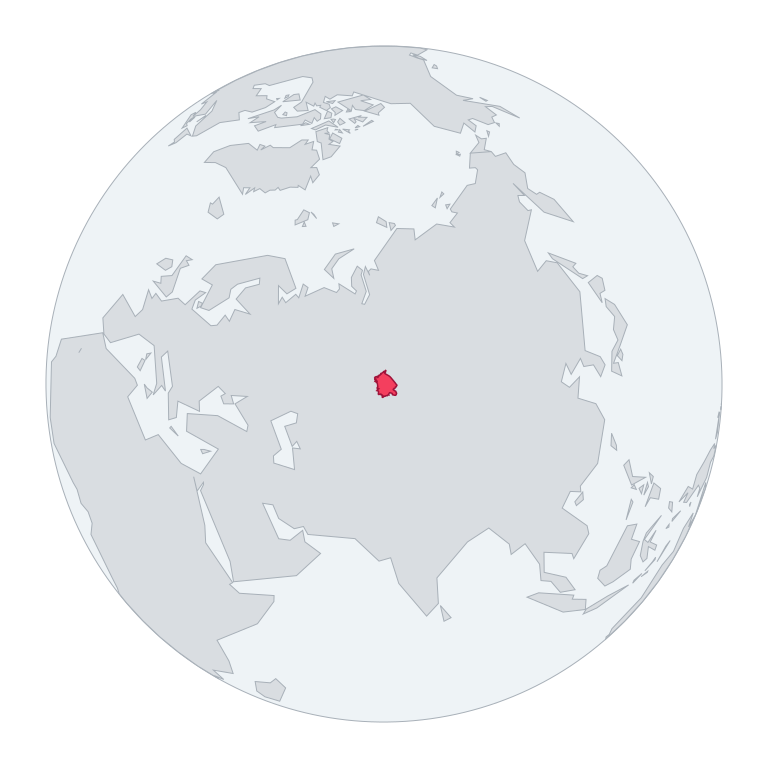 the Earth from above Pavlodar, rotated 352°
{"feature_id": "KAZ-3205", "entity_name": "Pavlodar", "entity_type": "Region", "adm_level": 1, "iso_a3": "KAZ", "parent_name": "Kazakhstan", "parent_adm1": "", "projection": "orthographic", "projection_center": [75.843, 52.234], "detail": "fine", "context": "on_globe", "style": "filled", "palette": "rose", "viewbox_px": 768, "rotation_deg": 352, "n_neighbors": 0, "source": "natural_earth", "source_scale": "10m", "svg_char_len": 14304}
<svg xmlns="http://www.w3.org/2000/svg" viewBox="0 0 768 768"><g transform="rotate(352 384 384)"><circle cx="384" cy="384" r="338" fill="#eef3f6" stroke="#a8b0b8"/><path d="M466.2,56.2L473.1,59.0L463.0,63.0L456.7,59.9L455.0,61.8L462.8,66.1L468.3,68.6L473.0,86.0L496.0,108.1L511.9,113.9L501.7,114.1L537.4,125.2L555.4,139.5L529.8,124.2L523.1,123.5L532.7,133.2L527.9,134.7L529.8,140.5L523.2,141.6L508.7,133.4L504.2,134.2L511.2,141.1L509.1,147.1L499.4,136.7L494.6,146.3L469.6,135.8L449.1,109.7L429.9,107.4L394.7,90.6L392.6,94.2L377.9,91.1L370.1,94.4L365.8,91.0L363.2,96.7L368.6,99.3L369.3,102.8L365.1,105.2L358.9,101.0L360.1,99.2L356.1,99.2L354.8,96.2L353.1,99.1L346.1,94.1L346.9,102.6L336.1,101.7L333.1,97.5L341.6,93.3L355.7,75.2L355.3,70.8L346.3,68.2L312.0,72.5L308.2,70.1L297.1,70.1L295.4,73.2L303.5,74.4L297.6,80.8L308.3,82.2L307.4,85.3L315.1,89.2L305.1,93.8L291.2,96.4L284.4,93.7L278.1,95.0L277.5,102.3L257.8,102.3L232.9,112.1L228.8,111.9L233.5,102.3L251.6,89.8L257.9,79.9L244.8,91.9L234.8,92.3L229.3,95.0L224.7,98.6L225.0,100.8L219.7,102.5L230.5,90.5L235.5,88.8L232.0,92.4L240.5,86.9L247.8,80.0L242.1,81.4L259.1,71.4L255.2,72.5L256.8,71.4L261.8,70.1L253.1,72.5L257.5,70.7L279.7,62.6L302.4,56.1L325.5,51.2L348.9,47.9L372.5,46.3L396.2,46.3L419.7,48.0L443.1,51.3L466.2,56.2ZM471.6,69.6L463.5,66.1L458.2,62.0L465.5,64.6L471.6,69.6ZM480.9,79.2L475.7,77.6L478.1,74.6L480.3,76.4L480.9,79.2ZM524.3,118.2L518.6,113.4L525.8,117.6L524.3,118.2ZM531.2,141.1L534.3,142.1L534.0,144.8L531.2,141.1ZM320.0,86.6L317.6,87.8L317.4,86.4L320.0,86.6ZM325.6,87.2L327.2,84.6L330.1,84.5L329.1,86.1L325.6,87.2ZM523.6,149.1L522.0,153.3L521.1,147.5L523.6,149.1ZM323.0,90.4L335.1,84.8L340.1,84.9L340.5,91.1L323.0,90.4ZM519.5,154.9L515.9,165.9L522.6,168.8L501.6,167.4L511.6,158.1L509.4,150.3L514.6,154.8L519.5,154.9ZM372.1,99.1L366.2,96.4L375.0,96.6L372.1,99.1ZM377.6,98.4L403.7,94.9L410.4,100.4L400.3,100.2L412.1,106.1L402.6,110.5L393.9,108.2L391.5,103.7L389.7,108.9L377.6,98.4ZM490.6,165.1L487.6,166.8L488.0,163.5L490.6,165.1ZM370.2,104.2L374.9,102.8L381.1,107.4L372.8,111.1L373.5,108.4L370.2,104.2ZM419.9,105.8L423.0,110.1L416.1,114.7L416.4,117.1L402.9,111.1L419.9,105.8ZM370.0,108.6L368.5,112.9L361.8,113.0L366.1,105.9L370.0,108.6ZM386.1,107.2L388.7,109.6L384.6,109.4L386.1,107.2ZM337.3,116.6L342.8,114.4L346.4,116.5L337.3,116.6ZM368.4,114.6L370.7,114.6L372.8,115.3L370.5,118.2L368.4,114.6ZM399.0,115.0L395.5,116.1L404.2,117.6L399.4,121.5L391.3,116.9L392.8,120.5L391.3,121.8L386.3,116.7L399.0,115.0ZM374.3,123.4L362.3,119.4L351.4,122.8L347.8,120.9L366.0,115.8L374.3,123.4ZM381.8,119.8L376.3,121.5L374.6,118.0L377.3,114.8L381.8,119.8ZM399.1,125.9L408.5,121.2L410.0,122.4L399.1,125.9ZM371.5,125.0L374.4,125.9L370.9,125.6L371.5,125.0ZM391.0,126.3L394.1,124.3L395.7,125.8L391.0,126.3ZM377.7,129.6L373.9,128.2L375.5,125.9L377.7,129.6ZM384.1,128.6L385.5,131.1L378.5,125.8L385.2,127.5L384.1,128.6ZM392.0,128.0L393.9,128.2L390.4,128.6L392.0,128.0ZM373.5,139.7L364.3,133.7L368.1,128.3L376.5,134.8L373.5,139.7ZM98.5,564.8L92.5,554.7L91.6,549.0L87.3,536.4L72.9,492.2L75.6,481.2L73.2,469.3L67.4,460.0L65.4,445.6L62.5,438.4L49.0,397.0L48.8,370.6L57.8,315.8L63.0,310.9L70.8,294.7L112.6,294.1L113.8,310.2L138.0,343.7L139.6,350.9L128.4,361.0L139.9,406.2L153.4,402.7L172.1,434.4L189.9,447.5L210.9,425.4L181.9,403.3L185.1,385.9L214.9,392.2L241.5,412.0L243.6,405.9L233.7,382.9L246.9,377.3L231.1,374.1L232.3,382.8L222.5,381.3L220.8,373.3L225.5,371.4L219.5,363.3L198.6,375.2L197.5,385.4L177.5,372.3L173.7,388.3L165.8,389.5L169.1,363.0L174.2,356.9L174.4,321.3L167.3,326.3L166.6,360.6L163.6,354.5L153.9,362.7L159.0,351.8L161.7,314.0L148.3,300.5L118.9,305.0L113.6,295.5L114.8,279.4L137.8,259.0L147.0,282.6L155.3,276.7L164.0,257.9L166.1,267.0L170.7,262.5L175.2,270.9L192.0,270.4L198.1,277.8L214.7,266.2L220.1,268.7L208.8,274.6L204.2,283.1L220.7,302.2L226.8,302.5L236.3,293.7L239.6,300.4L246.7,289.5L261.1,296.2L249.4,279.3L260.2,269.6L274.4,267.9L275.8,261.9L252.8,264.8L245.5,268.9L242.6,277.1L220.9,286.8L213.0,282.9L227.8,262.0L218.3,254.6L234.0,242.5L286.6,240.4L303.4,246.1L310.1,277.0L300.4,281.2L293.2,271.9L290.6,289.9L295.3,283.9L298.0,289.8L309.1,282.9L311.6,286.8L317.9,273.8L322.2,277.9L318.1,286.1L338.1,280.2L349.7,286.8L353.1,283.7L353.3,278.5L367.9,290.8L369.7,288.0L365.6,282.8L366.5,274.0L373.9,263.6L378.5,268.4L376.5,272.8L379.3,289.8L373.2,301.4L375.9,302.4L382.2,293.5L378.9,272.7L381.9,265.1L385.0,274.4L384.1,270.4L387.1,268.2L394.4,270.7L391.7,260.4L418.4,231.8L435.2,234.6L434.9,245.6L458.4,232.9L475.6,238.4L471.8,233.4L480.5,224.9L475.2,223.0L474.0,220.0L494.0,198.9L502.3,198.2L506.5,184.9L504.6,182.5L498.7,182.1L501.6,167.4L522.6,168.8L526.0,174.1L536.8,172.0L543.0,184.6L553.0,194.5L553.5,210.4L561.5,217.4L564.8,215.8L578.1,224.8L594.0,249.6L566.4,236.1L539.7,203.3L549.3,216.9L542.8,216.0L543.5,222.5L550.7,232.3L554.2,232.0L543.2,261.6L551.8,293.8L561.8,284.5L572.4,288.1L590.8,319.9L587.8,378.9L601.9,387.0L605.6,395.8L599.6,406.9L594.1,394.2L584.3,394.5L582.1,386.0L570.7,400.5L567.0,389.0L559.9,406.5L567.2,413.1L578.6,404.1L574.1,425.0L591.1,433.0L597.6,450.1L584.5,492.4L564.2,512.4L563.9,518.2L553.5,516.3L543.2,531.7L565.4,552.6L566.0,560.7L547.6,583.4L546.6,578.0L519.0,572.9L516.4,592.8L537.3,600.7L544.6,614.3L529.6,614.8L521.9,602.7L512.1,600.5L513.0,584.1L501.5,561.8L486.2,570.5L485.8,560.0L467.7,541.2L444.7,552.0L409.4,583.4L407.3,608.9L393.9,619.8L370.9,583.6L366.4,557.0L354.4,558.7L333.8,533.1L287.7,522.4L284.4,513.9L275.0,514.8L261.0,502.5L257.2,488.2L247.2,485.2L258.2,522.6L269.3,525.7L283.1,517.6L283.7,529.3L297.6,543.0L270.6,561.6L207.5,558.9L206.9,538.3L187.5,464.0L191.2,458.6L191.4,457.8L191.5,456.2L184.0,464.0L182.6,449.3L186.9,499.0L185.3,516.4L206.5,559.6L203.2,560.9L211.7,571.1L245.7,578.2L244.7,584.1L225.3,603.8L183.0,614.5L191.9,636.7L194.3,649.7L175.2,643.6L184.2,654.3L175.3,649.1L179.6,653.1L178.7,652.4L160.3,637.3L143.0,620.8L126.8,603.2L112.0,584.5L98.5,564.8ZM89.4,306.5L86.1,310.5L89.4,306.5ZM263.9,447.0L283.5,456.3L284.5,434.6L292.1,436.6L289.6,428.7L284.4,433.0L279.8,412.1L291.8,410.3L294.4,401.4L288.0,398.0L266.8,404.7L273.2,434.3L264.5,439.8L263.9,447.0ZM234.1,93.0L233.1,94.0L227.8,97.5L229.0,95.7L234.1,93.0ZM211.6,116.1L203.5,118.3L210.2,115.2L210.3,112.6L224.5,103.2L227.4,111.4L223.6,109.1L211.6,116.1ZM244.3,93.9L235.0,98.3L245.1,93.2L244.3,93.9ZM192.1,231.7L190.2,238.3L183.4,241.0L175.7,233.4L185.4,229.1L192.1,231.7ZM189.1,247.1L205.9,229.5L211.4,234.2L205.5,234.4L207.4,239.3L198.4,241.1L187.2,263.4L180.5,267.5L169.8,250.0L177.0,253.2L178.4,246.4L189.1,247.1ZM239.3,182.0L246.7,176.0L249.0,193.6L241.9,197.3L233.7,189.4L237.3,180.5L239.3,182.0ZM321.3,103.2L324.0,100.9L325.7,101.9L324.8,104.7L321.3,103.2ZM339.5,115.4L311.4,114.9L313.0,112.1L294.6,116.1L291.7,110.3L303.8,107.7L287.8,106.6L297.5,102.0L286.1,102.3L313.2,97.3L321.3,93.7L313.4,99.8L315.8,105.1L319.3,106.4L335.2,107.3L353.8,102.7L359.1,107.8L358.0,112.7L354.4,114.5L352.0,110.5L348.8,115.9L342.7,111.6L339.5,115.4ZM341.5,174.8L340.3,167.9L332.9,180.8L326.7,175.4L326.2,177.3L318.4,176.0L308.1,177.8L306.5,174.6L303.2,176.8L298.0,176.2L292.9,178.2L288.2,173.2L281.7,175.4L283.2,171.8L273.1,177.0L278.5,171.0L272.3,170.1L270.3,176.4L257.5,147.7L247.9,141.3L237.0,139.6L247.7,130.3L264.9,126.4L283.4,126.9L291.0,134.8L294.5,129.5L299.2,131.9L294.5,135.1L304.6,131.7L307.2,134.5L323.6,136.9L336.6,130.9L342.9,131.8L339.2,135.7L348.1,134.0L345.3,142.1L349.8,143.1L351.5,152.4L341.7,159.6L347.5,160.3L349.1,167.8L341.5,174.8ZM373.6,142.3L363.3,151.6L354.8,153.4L355.3,136.6L351.7,134.6L351.7,124.6L364.0,122.3L362.8,125.3L364.6,127.8L360.0,127.5L365.0,129.6L363.6,133.9L367.1,136.8L362.8,139.0L373.6,142.3ZM146.6,350.7L148.8,354.9L153.4,359.8L147.4,365.3L146.6,350.7ZM147.9,325.0L150.6,327.4L144.4,336.9L142.1,332.8L147.9,325.0ZM157.5,320.9L151.3,326.8L153.3,321.1L157.5,320.9ZM211.9,276.5L215.4,278.7L213.7,281.4L209.3,283.0L211.9,276.5ZM318.1,214.1L318.8,209.4L321.1,209.1L328.8,200.4L334.0,204.0L331.4,210.7L318.1,214.1ZM202.9,426.4L194.7,427.8L193.4,423.3L196.5,423.7L202.9,426.4ZM167.3,396.3L173.0,406.9L165.7,397.7L167.3,396.3ZM325.1,216.7L327.6,212.5L328.7,217.0L325.1,216.7ZM338.2,206.3L340.3,210.8L335.6,203.5L338.2,206.3ZM244.3,671.3L236.6,683.6L222.6,677.2L215.3,670.3L215.0,660.7L229.8,664.1L235.8,660.7L244.3,671.3ZM611.8,610.6L619.1,606.1L618.6,607.1L611.8,610.6ZM604.3,613.1L613.0,607.5L602.5,615.9L604.3,613.1ZM616.3,605.3L625.1,597.4L628.9,593.3L628.0,595.5L616.3,605.3ZM598.3,617.0L563.6,635.4L549.3,639.5L553.1,634.9L576.2,625.0L598.3,617.0ZM552.0,635.3L529.6,634.8L496.0,615.0L508.1,612.3L542.6,619.5L540.5,623.3L554.1,625.4L552.0,635.3ZM604.4,591.8L602.1,601.7L583.3,611.7L574.6,614.8L568.6,606.2L572.0,598.5L579.3,595.1L605.3,558.3L614.9,557.9L607.4,572.2L615.1,575.6L604.4,591.8ZM409.0,611.2L417.9,624.7L410.4,627.3L409.0,611.2ZM614.1,535.5L604.8,552.3L612.8,532.6L614.1,535.5ZM617.8,518.6L619.2,523.5L614.3,521.2L617.8,518.6ZM565.3,526.3L557.6,531.2L556.6,527.2L565.8,518.6L565.3,526.3ZM602.5,464.4L605.6,477.0L605.2,482.0L600.2,476.7L602.5,464.4ZM373.3,246.0L356.7,253.7L348.3,262.6L349.0,272.4L340.9,262.3L353.9,248.6L373.3,246.0ZM412.3,232.9L411.6,224.9L416.6,226.5L417.4,228.6L412.3,232.9ZM408.6,229.3L399.0,223.2L401.7,217.6L408.7,223.5L408.6,229.3ZM361.5,219.1L356.2,221.0L355.5,217.3L361.5,219.1ZM568.1,667.4L568.7,665.4L572.1,663.4L575.8,657.9L609.0,631.5L634.3,601.9L647.4,590.0L660.5,568.6L672.3,554.7L665.7,567.9L674.2,557.0L688.9,526.3L687.7,532.1L675.4,555.1L661.3,577.1L645.6,597.9L628.3,617.5L609.5,635.7L589.4,652.3L568.1,667.4ZM629.6,598.0L640.5,583.8L645.6,578.8L629.6,598.0ZM715.3,450.7L715.1,451.5L715.3,450.7L715.4,450.0L715.3,450.7ZM701.6,494.0L704.6,490.6L700.5,501.4L696.5,506.8L690.5,521.4L678.5,539.3L682.2,531.4L681.3,528.0L667.1,543.4L664.3,542.8L669.9,534.0L659.7,541.8L671.0,527.8L675.0,531.0L681.1,517.2L690.3,505.5L698.2,494.6L703.2,488.9L701.6,494.0ZM669.8,545.8L671.6,543.6L669.6,547.9L669.8,545.8ZM714.0,454.8L714.8,452.8L714.5,454.5L713.9,456.7L714.0,454.8ZM704.6,484.8L710.6,464.9L711.6,461.8L707.5,478.2L704.6,484.8ZM709.8,463.8L711.9,458.4L712.6,458.8L712.1,461.2L709.8,463.8ZM646.8,562.6L646.2,565.3L643.0,566.4L646.8,562.6ZM651.0,557.4L660.2,550.8L650.0,560.2L651.0,557.4ZM620.2,574.2L623.3,577.6L633.1,566.7L625.6,577.5L631.6,581.4L629.1,586.3L623.2,581.8L620.1,593.3L615.7,596.2L613.9,589.5L618.7,575.7L623.1,568.0L640.5,552.7L620.2,574.2ZM651.2,550.7L648.6,546.4L650.4,540.2L653.3,541.2L651.2,550.7ZM639.9,536.3L631.9,533.7L625.5,541.9L637.5,519.6L643.4,526.0L639.9,536.3ZM631.6,522.5L625.8,530.2L631.2,518.2L631.6,522.5ZM623.7,528.5L622.0,522.8L627.2,520.0L623.7,528.5ZM634.9,520.2L634.4,508.8L637.8,513.1L634.9,520.2ZM617.3,510.2L630.0,512.8L615.1,518.5L610.1,497.8L616.1,493.1L617.3,510.2ZM622.9,394.0L619.0,388.4L623.2,382.4L624.7,387.9L622.9,394.0ZM633.2,359.2L623.0,379.0L614.2,395.4L619.0,395.4L620.7,409.1L611.2,403.0L614.3,383.3L621.8,373.0L618.8,362.0L621.8,349.3L614.8,338.3L614.8,330.2L623.4,337.3L633.2,359.2ZM611.4,333.9L600.4,312.0L610.2,306.2L614.8,309.7L615.8,322.0L610.5,324.3L611.4,333.9ZM600.6,305.1L595.4,307.3L568.3,283.4L565.0,277.1L590.8,291.2L587.3,294.2L592.3,301.4L600.6,305.1ZM490.7,168.9L487.9,167.0L491.6,167.1L490.7,168.9ZM470.9,219.2L470.0,215.2L474.3,215.1L470.9,219.2ZM469.7,204.1L465.4,207.0L468.0,201.9L469.7,204.1ZM456.2,214.0L462.8,207.2L459.3,216.7L456.2,214.0Z" fill="#d9dde1" stroke="#a8b0b8" stroke-width="1"/><path d="M387.5,370.8L387.6,371.0L387.3,371.1L387.2,371.2L387.2,371.3L387.3,371.5L387.4,371.8L387.3,372.0L387.2,372.1L387.2,372.3L387.0,372.5L386.8,372.8L386.6,372.8L386.2,372.6L385.9,372.6L386.2,373.3L386.3,373.6L386.4,373.8L386.7,374.0L387.1,374.4L387.8,374.9L388.4,375.4L389.1,375.9L389.7,376.4L390.2,376.8L390.7,377.3L390.8,377.5L391.1,377.8L391.5,378.4L391.8,378.8L392.2,379.5L392.6,380.1L393.0,380.8L393.4,381.4L394.0,382.4L394.5,383.3L395.1,384.2L395.6,385.2L396.0,385.9L396.5,386.6L396.6,386.9L396.5,387.4L396.0,387.7L396.0,387.8L395.9,388.1L395.7,388.3L395.5,388.5L395.4,388.4L394.9,388.5L394.8,388.8L394.9,389.1L394.7,389.3L393.8,389.9L393.6,389.9L393.3,389.8L393.2,390.0L392.8,390.3L392.7,390.3L392.5,390.5L392.4,390.6L392.5,390.8L392.5,391.0L392.8,391.1L392.8,391.3L392.9,391.5L393.0,391.7L393.1,391.8L393.3,391.8L393.6,392.2L394.6,392.8L394.8,393.6L394.8,394.2L395.0,394.3L395.2,394.9L395.0,395.4L394.7,396.0L394.0,396.8L392.8,396.6L391.9,396.2L391.4,395.8L391.1,395.9L390.9,395.7L390.8,395.4L390.9,394.8L390.7,394.4L389.9,394.0L389.1,393.7L388.8,393.4L388.3,393.4L387.5,394.3L387.3,394.9L387.3,395.6L386.8,395.4L386.4,395.4L386.1,395.6L385.7,396.0L385.3,395.8L383.8,396.1L383.5,396.0L383.3,396.3L382.2,396.3L381.8,396.6L381.0,397.1L380.6,397.0L380.4,396.6L380.6,396.5L380.6,396.3L381.0,396.1L381.4,395.8L381.1,395.6L380.9,395.2L381.0,395.1L380.8,394.9L380.6,394.6L380.1,394.2L379.8,394.5L379.5,394.2L379.6,393.7L379.2,393.6L378.9,393.5L378.8,393.4L378.6,393.5L378.3,393.6L377.4,393.7L377.0,393.3L377.1,392.9L377.1,392.5L377.3,392.4L377.4,391.3L377.5,391.0L377.5,390.7L377.4,390.4L377.3,390.1L376.1,389.6L376.4,389.4L376.6,389.1L376.7,388.8L377.0,388.5L377.6,388.3L377.9,388.2L378.2,388.0L377.9,387.8L377.4,387.7L377.4,387.4L377.1,387.4L376.7,387.5L376.7,386.9L376.9,386.3L377.3,386.0L377.5,385.8L377.5,382.5L377.4,382.1L377.3,381.9L377.0,381.7L376.6,381.5L376.5,381.0L377.0,381.3L377.1,381.5L377.2,381.2L377.3,380.9L377.4,380.7L377.6,380.3L377.3,379.9L376.9,380.0L376.6,380.5L376.2,380.4L376.2,379.9L376.3,379.6L376.2,379.6L375.8,379.7L376.3,379.0L376.4,378.6L376.7,378.2L376.4,378.1L376.1,378.2L375.9,378.4L375.7,378.6L375.5,378.3L375.6,377.8L375.8,377.7L376.0,377.6L375.6,376.7L375.9,376.4L376.0,376.3L376.0,376.2L376.3,376.1L376.3,375.9L376.6,375.8L376.8,375.9L377.1,375.7L377.3,375.6L377.5,375.7L377.8,375.7L377.8,375.8L377.8,376.0L378.0,376.1L378.0,375.9L378.3,375.9L378.4,376.0L378.5,376.2L378.5,376.3L378.6,376.5L378.8,376.7L379.0,376.6L379.1,376.1L379.0,375.9L379.1,375.6L379.1,375.4L379.7,375.4L379.8,375.4L379.8,375.1L380.1,375.0L380.1,374.9L380.2,374.7L380.3,374.6L380.7,374.5L380.8,374.6L381.1,374.7L381.6,374.4L382.0,374.1L382.6,373.7L382.3,373.2L382.6,373.0L382.8,373.0L383.2,373.0L383.3,373.0L383.5,372.9L384.1,372.6L384.7,372.3L385.2,372.1L385.1,371.9L385.2,371.7L385.3,371.6L386.0,371.7L386.4,371.5L386.5,371.5L386.7,371.4L386.8,371.3L386.8,371.2L387.1,371.0L387.5,370.8L387.5,370.8Z" fill="#f43f5e" stroke="#9f1239" stroke-width="1.5"/></g></svg>